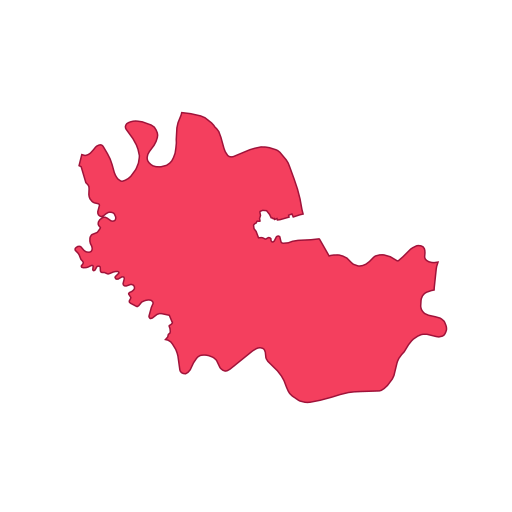 An Duong, Hải Phòng, Vietnam (Albers equal-area conic projection), rotated 336°
{"feature_id": "81297802B31270346353021", "entity_name": "An Duong", "entity_type": "district", "adm_level": 2, "iso_a3": "VNM", "parent_name": "Vietnam", "parent_adm1": "Hải Phòng", "projection": "albers", "projection_center": [106.579, 20.884], "detail": "fine", "context": "isolated", "style": "filled", "palette": "rose", "viewbox_px": 512, "rotation_deg": 336, "n_neighbors": 0, "source": "geoboundaries", "source_scale": "gbopen_adm2", "svg_char_len": 6119}
<svg xmlns="http://www.w3.org/2000/svg" viewBox="0 0 512 512"><g transform="rotate(336 256 256)"><path d="M246.5,94.8L245.0,96.7L239.0,102.5L235.9,106.7L230.6,117.0L229.2,120.4L226.7,124.8L223.9,129.2L220.6,132.6L217.7,134.9L214.9,136.1L211.2,136.8L205.8,135.9L204.3,135.4L200.9,133.7L198.5,131.7L197.2,129.7L196.2,127.3L195.8,125.0L196.0,123.5L196.5,122.0L197.5,120.5L198.6,119.1L201.1,117.2L207.9,113.4L211.3,110.7L214.0,107.7L215.3,105.6L215.9,103.4L216.0,100.3L215.5,96.9L213.5,93.7L206.7,87.2L202.9,84.8L200.9,83.7L198.6,82.9L195.9,82.4L193.6,82.3L191.7,82.6L190.3,83.5L189.3,84.7L188.9,86.0L188.9,87.3L191.3,98.7L191.9,105.9L191.6,110.6L190.3,116.9L189.3,118.8L186.4,123.3L182.5,127.1L181.0,128.3L174.0,132.3L170.7,133.3L167.4,133.6L164.5,133.4L163.7,133.1L162.8,132.3L161.2,129.6L160.7,127.6L160.4,125.1L160.5,122.0L161.7,114.0L162.2,108.1L161.9,102.1L161.0,94.3L160.7,92.9L160.1,91.9L159.2,91.2L157.8,90.8L155.4,90.8L153.7,91.3L150.6,92.9L146.5,94.7L143.9,95.1L141.5,94.9L140.5,94.5L138.1,92.5L131.1,101.5L132.6,103.3L130.4,119.8L131.4,122.5L131.6,124.6L130.8,126.8L128.3,131.9L127.7,134.1L127.6,136.4L128.4,139.4L129.1,140.7L130.0,141.7L133.4,144.3L133.8,145.2L133.5,146.2L129.6,151.0L128.9,152.6L128.8,154.2L129.4,155.7L130.3,156.8L131.1,157.1L133.1,157.2L136.0,156.4L138.6,156.1L140.1,156.4L142.0,157.5L143.3,158.8L143.7,160.0L143.7,163.2L143.2,164.6L142.0,165.9L141.2,166.2L139.4,166.0L137.9,165.0L135.4,160.8L133.9,159.2L132.3,158.6L130.8,158.6L127.9,159.4L125.8,160.9L124.8,162.6L124.7,164.1L125.4,166.8L124.9,167.4L121.2,169.6L120.3,169.9L114.9,169.7L114.0,170.0L112.3,171.2L111.6,172.1L110.3,174.8L109.8,177.2L109.9,180.3L109.5,182.3L108.8,183.6L107.3,184.8L105.5,184.8L104.7,184.5L103.0,183.5L102.2,182.7L101.1,180.9L99.8,176.5L99.3,175.8L98.4,175.2L96.9,174.8L95.2,175.1L94.1,175.5L93.5,176.1L93.2,177.3L94.6,181.1L94.9,182.8L94.7,188.0L95.4,189.9L95.6,191.5L95.4,192.1L94.5,192.9L92.5,193.9L92.2,194.4L92.2,195.4L93.5,196.5L96.1,197.5L97.8,197.8L101.8,197.7L102.6,198.0L102.9,198.3L103.1,199.1L101.4,201.9L101.3,202.6L101.6,203.3L102.6,203.5L103.3,203.3L106.4,201.0L107.4,201.0L108.5,201.4L109.1,202.3L109.1,203.0L107.8,206.3L107.8,207.4L108.2,208.1L108.8,208.5L110.9,209.5L113.0,211.8L113.7,212.3L115.5,212.5L119.2,212.6L121.2,213.0L123.0,213.7L123.7,214.2L124.1,215.1L123.7,215.9L119.1,217.6L118.5,218.3L118.6,219.7L119.0,220.3L120.6,221.0L125.1,220.5L126.3,221.2L126.7,221.7L126.5,223.1L123.3,227.2L123.1,228.4L123.4,229.3L123.9,229.9L125.2,230.6L129.9,231.0L130.8,231.4L132.2,232.9L132.4,234.7L131.7,236.3L131.0,236.9L129.9,237.4L128.1,237.9L125.5,237.9L124.4,238.5L124.2,239.1L124.8,242.9L124.0,244.0L122.1,245.4L121.7,246.1L121.6,246.8L122.2,248.2L126.4,253.5L126.9,253.9L128.6,253.7L132.8,251.6L135.2,251.5L137.4,251.7L140.0,252.4L141.9,253.6L142.6,254.6L143.1,256.3L142.7,257.5L139.5,260.4L133.7,267.5L133.5,268.6L133.8,269.9L134.3,270.3L136.1,270.5L141.8,269.1L144.3,269.3L146.4,270.3L152.7,274.9L152.5,282.0L152.7,282.3L152.4,283.1L151.0,283.9L148.4,284.3L148.1,284.8L147.9,287.4L146.9,290.3L146.2,291.3L144.0,292.0L142.4,294.1L139.3,295.5L141.4,297.1L143.2,299.8L143.9,302.5L144.7,308.7L144.5,312.4L144.0,315.6L140.1,329.1L140.0,330.6L140.5,332.3L141.7,333.7L143.6,334.9L144.6,334.9L146.6,334.6L149.6,333.2L155.4,328.2L159.9,325.4L161.6,324.6L164.2,324.2L165.9,324.5L167.9,325.2L170.0,326.2L172.3,327.8L175.2,330.7L176.1,332.0L177.3,334.6L177.5,335.8L177.7,343.2L178.0,344.5L179.2,346.8L180.7,348.3L181.5,348.8L183.2,349.1L186.2,348.8L214.3,341.3L218.3,340.8L219.9,340.8L221.5,341.1L222.7,341.6L224.6,343.1L225.4,344.5L225.5,345.4L225.4,347.6L223.7,352.9L223.6,354.1L224.0,357.1L228.9,369.6L230.4,375.9L230.9,381.2L230.5,388.4L230.5,392.5L230.8,394.9L231.2,396.2L232.2,398.7L236.1,405.0L237.1,406.3L241.2,409.5L243.4,410.7L246.0,411.6L256.0,413.9L268.1,415.8L276.7,416.8L284.9,418.3L290.4,420.0L296.8,422.5L313.8,429.4L315.8,429.7L319.1,429.2L323.5,427.7L330.5,423.8L333.4,421.3L341.1,411.3L342.4,409.8L344.9,407.6L348.9,405.3L352.4,403.8L359.2,399.1L363.6,396.8L366.0,395.9L371.1,395.0L374.7,395.0L376.7,395.4L380.3,397.0L387.9,402.9L390.1,404.3L393.6,405.0L395.4,404.8L397.0,403.9L398.6,402.5L400.0,400.9L400.7,399.4L401.1,398.0L401.3,396.4L401.4,393.2L401.2,391.8L399.9,389.1L398.9,387.6L395.2,384.5L389.5,380.3L386.8,377.3L386.1,375.8L385.6,374.0L385.4,372.4L385.5,370.9L386.0,368.9L388.7,363.7L389.6,362.3L391.9,360.1L394.2,359.0L395.8,358.6L397.4,358.5L402.1,358.9L404.9,359.5L405.9,357.5L415.4,341.1L416.8,339.0L419.8,335.6L416.0,334.5L413.9,333.4L411.5,331.5L410.0,329.4L409.4,327.5L409.5,326.1L409.8,325.2L411.6,321.9L412.5,319.5L412.8,317.7L412.3,315.5L410.8,313.8L408.4,312.4L406.7,312.0L402.5,312.2L400.1,312.6L389.9,316.5L384.3,318.2L383.6,318.2L382.9,317.7L378.4,311.3L373.4,307.1L371.9,306.3L369.4,305.3L365.4,304.6L364.1,304.7L362.7,305.1L357.4,307.2L353.1,308.2L349.5,308.1L346.5,307.3L345.2,306.6L341.6,303.2L340.5,301.0L338.2,294.9L335.3,291.4L332.3,288.9L330.9,288.2L327.3,286.7L324.5,285.9L322.8,285.7L320.9,266.7L320.6,266.0L312.8,263.5L300.7,258.8L295.3,257.4L290.9,257.1L285.9,255.4L285.2,254.8L284.7,254.0L284.6,253.1L285.5,248.4L285.5,247.8L284.5,246.8L283.4,246.6L282.4,246.8L278.7,249.8L277.1,250.1L276.5,249.7L276.1,249.0L276.0,247.5L276.6,246.6L276.6,246.1L276.0,244.9L274.8,244.2L271.8,244.5L271.2,244.1L269.6,242.2L268.5,241.4L265.7,240.4L266.1,233.6L265.3,230.2L266.2,227.1L266.6,226.6L267.9,226.0L269.6,225.9L270.8,224.8L271.3,224.7L273.4,225.7L273.9,225.7L274.5,223.2L276.6,220.8L277.4,217.3L278.0,216.9L280.7,217.0L284.1,218.9L285.3,223.6L285.4,227.3L286.5,228.0L286.9,229.0L287.9,229.1L287.9,230.2L290.4,230.3L290.2,231.8L292.8,232.6L302.0,233.9L302.4,232.0L305.9,232.2L305.9,235.5L312.8,236.2L316.1,236.8L316.9,232.1L319.4,221.9L321.1,211.8L322.1,201.4L323.0,188.5L323.2,184.2L322.7,180.5L320.0,171.0L318.7,168.5L317.4,167.0L312.3,162.5L309.1,160.4L304.9,158.4L298.8,157.1L293.6,156.4L275.8,156.0L274.2,155.6L272.7,154.8L271.7,153.9L271.0,152.6L270.3,148.2L270.5,144.7L272.2,133.4L272.6,127.2L271.8,123.7L270.8,121.2L270.6,119.6L269.5,116.3L265.6,108.9L262.4,105.5L254.2,99.4L246.5,94.8Z" fill="#f43f5e" stroke="#9f1239" stroke-width="1.5"/></g></svg>